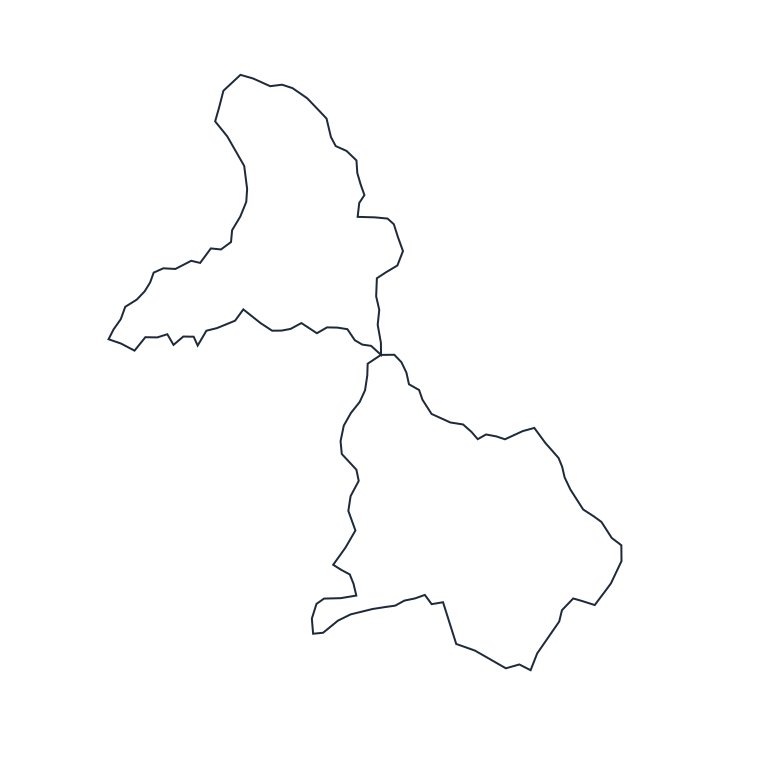 Mauá da Serra, Paraná, Brazil, rotated 196°
{"feature_id": "56859067B71955280503235", "entity_name": "Mauá da Serra", "entity_type": "district", "adm_level": 2, "iso_a3": "BRA", "parent_name": "Brazil", "parent_adm1": "Paraná", "projection": "natural_earth1", "projection_center": [-51.168, -23.916], "detail": "fine", "context": "isolated", "style": "outline", "palette": "slate", "viewbox_px": 768, "rotation_deg": 196, "n_neighbors": 0, "source": "geoboundaries", "source_scale": "gbopen_adm2", "svg_char_len": 2063}
<svg xmlns="http://www.w3.org/2000/svg" viewBox="0 0 768 768"><g transform="rotate(196 384 384)"><path d="M394.9,411.2L405.3,399.0L402.4,387.5L400.5,372.7L402.4,360.1L407.8,347.1L411.2,332.9L410.0,317.1L405.3,305.1L386.9,294.0L381.6,283.9L385.2,267.0L383.3,252.2L371.1,235.3L375.9,216.2L383.0,196.2L373.7,193.5L364.4,191.5L358.2,183.5L352.3,173.0L366.6,166.2L382.5,161.2L388.3,154.0L388.7,138.6L383.3,124.4L374.0,128.1L363.0,143.9L352.5,153.4L333.1,164.5L321.9,169.7L312.2,174.0L304.7,181.4L295.0,186.5L286.6,192.5L277.5,185.5L267.1,190.5L242.9,154.0L223.1,152.8L188.5,144.3L176.6,151.7L164.2,149.3L162.5,167.2L150.1,204.0L150.6,215.6L143.0,230.0L133.9,230.0L120.5,229.6L114.3,245.8L110.9,254.9L106.9,279.2L111.4,294.4L122.7,298.8L136.9,311.3L145.3,314.4L158.0,318.3L175.8,334.0L184.7,344.1L189.9,353.5L195.7,360.9L204.0,366.3L212.4,371.6L227.4,383.2L237.6,377.0L252.5,364.2L261.5,364.6L272.0,363.6L278.7,356.8L286.6,362.0L296.8,366.9L309.7,365.3L330.0,368.3L342.7,379.5L348.6,387.9L359.9,390.6L365.6,401.1L373.2,409.7L382.1,414.9L394.9,411.2ZM607.2,641.6L619.2,621.6L618.7,603.1L618.7,589.9L602.9,578.8L578.5,555.1L569.3,533.7L566.6,521.1L568.3,505.3L572.4,490.0L570.2,478.3L577.8,468.4L587.8,466.6L594.1,449.7L603.3,449.3L616.2,437.1L628.0,434.4L636.1,427.6L636.8,417.1L639.6,407.1L644.9,397.0L654.0,386.9L654.9,373.7L659.0,362.0L661.1,351.1L648.0,350.4L633.0,347.3L626.3,363.2L614.8,366.3L606.0,372.1L597.1,363.6L590.0,374.3L580.0,377.0L573.7,369.6L569.4,386.3L560.1,391.6L544.6,403.8L539.8,416.9L519.4,408.5L506.2,404.4L497.2,407.1L489.0,411.2L480.2,419.8L462.5,414.3L454.4,422.7L444.2,425.4L434.3,426.6L424.1,418.0L415.7,415.9L406.9,417.1L394.9,411.2L398.3,422.7L406.4,439.2L409.0,454.0L415.7,466.1L420.0,483.7L413.1,491.7L403.8,501.6L402.4,517.0L411.2,529.2L418.6,540.3L426.2,544.0L438.6,541.7L455.4,537.4L457.7,551.2L454.9,560.2L461.4,569.3L467.8,579.4L472.1,591.3L484.2,597.7L496.0,599.4L503.1,606.8L512.4,623.3L520.3,628.0L536.6,637.5L553.5,643.2L564.5,643.6L575.5,638.9L594.1,641.6L607.2,641.6Z" fill="none" stroke="#1e293b" stroke-width="2"/></g></svg>